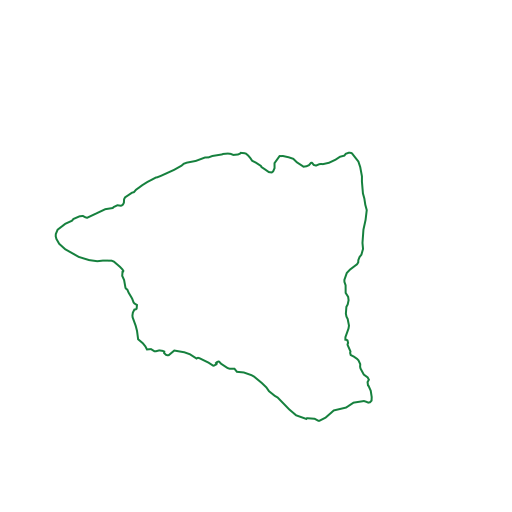 Hawaii, Hawaii, United States of America, rotated 305°
{"feature_id": "52423323B10350916691509", "entity_name": "Hawaii", "entity_type": "district", "adm_level": 2, "iso_a3": "USA", "parent_name": "United States of America", "parent_adm1": "Hawaii", "projection": "natural_earth1", "projection_center": [-155.543, 19.595], "detail": "fine", "context": "isolated", "style": "outline", "palette": "green", "viewbox_px": 512, "rotation_deg": 305, "n_neighbors": 0, "source": "geoboundaries", "source_scale": "gbopen_adm2", "svg_char_len": 3068}
<svg xmlns="http://www.w3.org/2000/svg" viewBox="0 0 512 512"><g transform="rotate(305 256 256)"><path d="M118.5,217.2L116.9,220.3L118.7,222.4L119.5,223.4L119.7,227.4L120.5,228.6L123.2,230.9L124.7,233.9L125.1,235.7L123.8,236.4L123.4,239.0L123.9,240.4L124.7,241.4L131.7,243.3L135.4,251.2L136.0,252.4L137.6,258.2L137.9,266.1L138.9,266.5L139.5,267.2L139.9,268.6L141.4,278.2L141.6,283.8L141.9,284.3L144.6,285.7L145.2,285.6L145.4,284.6L146.5,284.8L148.0,285.7L148.3,286.4L147.7,289.2L147.9,296.9L148.5,299.0L151.3,303.0L150.2,306.8L153.6,312.8L155.8,320.7L156.1,323.6L155.3,333.6L154.3,339.9L152.7,344.2L152.2,351.6L152.5,354.9L149.4,371.1L148.5,380.2L151.4,390.7L152.4,390.8L156.3,397.4L156.8,401.7L157.3,402.4L163.5,405.7L174.1,408.3L183.5,416.7L191.8,420.0L199.1,427.6L199.8,429.8L200.3,432.1L201.6,433.3L203.8,433.6L206.8,431.7L211.4,427.3L214.3,422.5L214.2,422.0L216.7,419.7L219.4,419.4L220.6,417.1L220.7,412.3L223.8,406.1L225.0,404.8L227.2,403.4L229.3,399.8L229.7,397.8L229.7,393.8L229.2,390.4L230.6,388.7L230.9,388.6L232.0,388.1L235.6,382.2L236.2,381.6L237.6,381.3L239.3,379.4L239.3,378.4L238.7,377.2L240.8,375.8L249.6,373.4L252.3,372.1L257.0,367.2L258.2,364.9L260.3,362.7L266.2,359.2L268.9,358.9L272.9,357.2L275.4,354.9L277.2,350.6L283.4,346.2L285.2,343.7L285.5,343.3L287.1,342.1L294.2,340.1L298.8,340.8L307.2,343.5L309.4,343.4L311.3,342.2L314.6,341.4L317.5,341.6L323.2,339.6L327.8,335.7L339.2,328.9L348.3,325.1L357.1,320.4L360.7,316.1L365.2,311.8L368.6,307.7L377.7,300.1L382.0,297.1L388.6,290.4L392.1,285.7L395.1,275.8L395.0,274.9L394.0,272.9L391.2,270.9L388.9,270.8L385.5,267.9L380.5,265.9L374.2,262.3L369.6,258.1L368.7,256.5L367.5,255.2L364.5,253.3L363.7,251.0L364.4,248.8L364.4,248.2L363.8,247.6L360.8,247.3L358.5,245.9L356.4,243.7L356.4,242.5L356.2,235.7L357.0,230.8L355.6,226.1L354.8,224.2L353.4,220.8L351.4,218.0L342.7,217.9L338.6,220.8L335.2,221.5L333.5,221.0L333.4,220.9L332.1,218.4L332.1,213.4L332.0,209.5L332.6,208.3L332.4,202.3L331.8,198.2L333.0,195.1L333.8,192.0L334.1,189.1L333.6,187.6L331.7,184.3L330.9,184.3L328.9,183.1L325.8,179.5L325.1,176.6L323.7,174.1L320.7,170.5L319.7,169.9L312.9,162.9L309.6,160.6L307.4,157.7L299.4,152.2L292.8,145.8L290.1,143.9L287.3,143.2L279.6,139.5L266.9,132.0L263.6,129.8L262.9,129.0L254.4,124.6L249.0,122.3L241.4,119.7L238.3,119.4L236.7,118.1L228.9,115.1L226.8,115.4L223.9,117.2L221.8,117.5L220.3,117.0L219.6,116.4L218.1,113.4L214.4,111.3L213.1,111.1L207.9,105.7L198.1,100.1L190.4,95.7L189.8,93.9L189.5,91.2L187.3,88.7L181.6,85.2L180.4,85.1L179.3,85.0L173.0,81.3L163.8,78.4L159.2,79.4L157.3,80.6L155.5,82.7L153.1,87.8L152.1,95.8L153.6,111.4L156.9,121.6L160.7,129.0L164.4,133.2L169.3,140.3L169.9,142.8L169.1,150.8L168.4,154.2L167.7,155.9L167.0,156.1L166.5,155.7L163.0,157.8L160.7,161.7L155.0,167.4L154.6,168.8L154.7,169.8L152.9,172.7L150.7,177.6L149.9,179.2L147.7,182.4L147.4,183.7L147.5,185.3L147.6,186.6L144.4,188.4L143.3,188.1L143.1,187.9L142.4,187.1L139.0,187.6L136.4,188.9L135.0,190.1L130.3,196.8L129.8,197.5L126.4,201.5L120.2,207.2L119.6,213.4L118.5,217.2Z" fill="none" stroke="#15803d" stroke-width="2"/></g></svg>